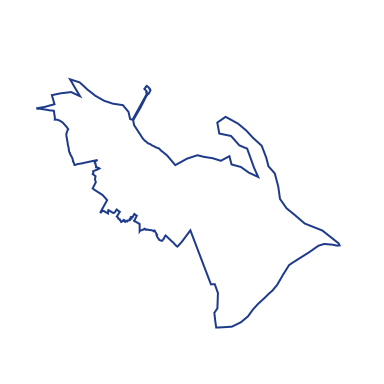 Toliary-I, Atsimo-Andrefana, Madagascar (Mercator projection), rotated 165°
{"feature_id": "10022922B36331574429859", "entity_name": "Toliary-I", "entity_type": "district", "adm_level": 2, "iso_a3": "MDG", "parent_name": "Madagascar", "parent_adm1": "Atsimo-Andrefana", "projection": "mercator", "projection_center": [43.678, -23.343], "detail": "fine", "context": "isolated", "style": "outline", "palette": "blue", "viewbox_px": 384, "rotation_deg": 165, "n_neighbors": 0, "source": "geoboundaries", "source_scale": "gbopen_adm2", "svg_char_len": 5018}
<svg xmlns="http://www.w3.org/2000/svg" viewBox="0 0 384 384"><g transform="rotate(165 192 192)"><path d="M320.7,313.1L319.1,312.2L317.3,311.8L315.2,310.8L313.6,310.1L312.1,309.5L310.6,308.8L309.4,308.2L308.3,307.7L306.8,307.1L305.5,306.7L304.4,306.2L304.5,305.2L304.7,303.9L304.9,303.0L304.9,302.3L304.9,301.5L305.0,300.9L305.1,300.1L305.3,299.2L305.5,298.2L305.8,297.4L304.4,297.1L303.2,296.5L301.7,295.5L301.0,294.8L300.2,294.0L299.4,293.1L298.5,291.9L297.9,290.5L297.4,289.6L297.0,288.7L296.6,288.1L296.1,287.0L295.7,285.8L295.3,284.7L295.9,284.2L296.6,283.3L297.2,282.3L297.9,281.4L298.4,280.5L298.6,279.5L298.8,278.8L298.8,278.7L298.9,277.8L298.9,277.1L299.0,275.8L299.2,275.0L299.2,273.8L299.3,272.6L299.4,271.8L299.5,270.9L299.7,270.0L299.7,269.3L299.7,269.1L299.7,268.4L299.7,268.2L299.7,267.8L299.7,266.9L299.8,266.0L300.0,265.2L300.0,264.3L300.1,263.7L300.2,262.6L300.1,261.9L299.8,261.3L299.9,260.4L299.7,259.7L299.7,258.9L299.3,258.0L299.1,256.7L298.8,255.5L298.8,254.4L298.9,253.5L298.7,252.5L299.0,252.2L298.6,250.9L298.5,248.5L297.7,248.4L297.0,248.5L295.3,248.6L293.7,248.4L292.3,248.3L290.8,248.1L289.3,248.1L274.9,247.4L276.2,247.1L276.9,246.8L277.3,246.5L277.9,246.4L278.3,246.1L278.4,245.3L278.1,245.0L277.8,244.3L277.9,243.7L278.1,243.3L278.1,242.8L277.9,242.2L278.0,241.4L278.3,240.7L277.7,240.5L276.9,240.1L275.3,238.7L276.1,238.4L277.0,238.4L278.0,238.1L279.0,238.0L280.6,237.9L282.2,237.6L282.2,237.0L282.3,236.0L283.1,235.3L283.3,235.1L281.1,232.2L282.4,229.5L282.4,226.2L283.3,225.4L284.1,224.4L284.8,223.6L286.0,222.4L286.7,221.1L286.9,221.0L285.7,219.4L279.5,212.6L279.1,212.2L278.8,211.5L278.3,210.5L278.1,210.2L277.3,208.6L276.7,207.3L276.1,206.1L277.1,205.0L278.7,203.4L281.1,200.9L282.2,199.8L283.6,198.3L285.6,196.2L285.3,195.8L284.9,196.0L284.3,196.4L283.0,196.9L282.5,196.8L281.5,195.9L281.0,195.3L280.5,194.8L279.7,194.1L278.9,193.2L278.7,193.0L278.4,193.8L277.7,195.7L277.5,196.1L276.8,195.6L276.4,195.1L274.3,192.9L273.2,192.0L272.7,192.2L272.4,192.2L271.9,192.4L271.1,192.9L270.6,193.4L270.0,194.0L269.3,194.6L267.0,191.6L266.9,191.5L270.2,188.4L271.0,187.7L270.7,187.3L270.4,186.9L270.0,186.3L270.1,185.3L270.0,185.1L269.4,184.7L268.8,184.3L268.8,183.9L268.9,183.5L268.5,183.1L268.5,182.7L268.2,181.4L267.6,181.5L266.9,181.6L266.0,182.4L265.9,182.4L265.8,182.1L265.4,181.7L265.2,182.2L264.9,181.8L264.7,181.5L264.6,181.8L264.4,181.9L264.3,181.4L264.1,180.9L264.0,180.4L263.4,180.6L263.1,180.7L262.8,180.8L262.1,181.1L261.9,180.6L261.4,181.0L261.1,180.9L260.7,181.0L259.4,180.8L259.2,181.0L259.1,182.0L257.5,181.9L257.8,183.5L257.5,183.7L257.2,183.6L256.1,183.1L255.8,183.1L254.6,184.5L254.3,184.8L253.4,185.7L253.0,185.2L252.5,184.6L251.9,183.7L251.5,183.4L252.2,182.5L252.8,181.9L254.2,180.3L255.5,179.1L255.3,178.8L254.8,178.4L254.6,178.5L253.6,177.4L251.9,175.7L251.5,175.2L251.0,175.0L250.9,174.6L251.6,171.8L252.5,168.5L252.6,167.9L252.7,167.6L252.3,167.9L251.8,168.1L250.6,168.2L250.0,168.2L248.8,168.3L248.1,168.5L247.5,168.9L247.0,168.7L246.8,167.8L245.8,167.3L245.2,167.5L243.1,166.3L241.6,165.8L240.9,165.5L240.1,165.0L239.5,164.5L239.3,164.2L238.8,164.5L238.1,164.5L237.9,163.6L237.7,162.6L237.4,161.8L237.2,160.9L236.8,159.9L237.5,159.5L237.2,158.0L236.7,156.0L236.2,155.1L236.1,154.3L235.1,153.5L234.3,152.9L233.7,152.6L232.5,153.3L231.2,154.3L229.6,156.2L228.7,156.8L227.7,155.2L225.7,151.9L224.1,149.3L223.0,147.8L222.3,146.1L220.8,143.6L220.2,143.0L214.6,146.6L203.5,155.4L199.5,116.3L197.6,97.9L193.9,97.1L193.1,87.7L195.6,79.5L197.6,73.0L201.7,69.5L202.9,61.6L203.7,54.8L198.9,53.7L188.4,51.6L178.5,53.5L170.1,57.4L163.6,62.7L157.2,66.8L149.5,70.8L144.0,73.9L139.8,76.0L133.7,80.3L125.3,88.7L117.1,96.3L114.0,97.4L105.8,100.0L95.3,103.2L83.7,107.4L77.8,107.6L70.3,104.9L65.6,102.6L63.3,102.2L63.7,104.5L76.0,121.0L83.8,126.8L91.3,132.4L98.7,143.2L104.9,151.8L108.8,162.6L107.3,174.7L107.2,188.5L111.5,197.0L111.4,205.9L112.7,218.6L119.2,228.8L123.7,237.4L129.9,246.2L140.1,255.9L149.6,252.5L150.5,241.4L139.8,236.0L134.2,224.8L127.5,219.6L126.7,210.1L125.8,199.4L124.2,189.4L132.1,196.0L138.3,203.5L146.7,208.4L146.6,216.9L156.1,214.7L163.3,219.3L171.7,223.0L177.2,226.1L180.9,225.9L188.2,225.5L196.6,223.4L201.2,222.3L202.1,224.2L206.1,232.7L207.0,234.4L208.2,235.9L209.5,237.8L211.2,240.0L212.6,242.6L215.0,244.2L216.9,246.0L218.6,247.4L220.0,249.1L221.7,250.2L223.0,252.1L223.9,253.3L224.5,254.1L225.6,256.2L230.6,271.5L230.3,276.5L219.8,287.0L210.9,296.9L210.6,296.9L209.0,298.4L208.6,298.1L208.0,298.7L207.8,298.7L207.3,299.2L206.9,299.8L205.7,301.2L206.4,302.6L206.1,302.9L207.4,305.2L208.2,306.2L209.4,305.6L209.4,305.2L211.3,303.9L209.7,300.9L210.5,299.8L209.9,298.8L230.6,277.3L230.8,277.4L231.1,277.5L231.5,277.7L232.1,278.0L232.4,278.2L232.6,278.3L232.9,278.5L232.6,285.8L236.3,293.8L245.4,297.7L249.8,300.6L253.2,302.8L260.4,309.9L265.1,316.2L266.3,317.7L269.2,322.4L272.2,327.0L280.6,332.4L278.1,323.1L275.4,313.5L282.9,319.8L293.2,321.3L302.3,321.8L302.1,312.4L312.3,312.3L320.7,313.1Z" fill="none" stroke="#1e3a8a" stroke-width="2"/></g></svg>